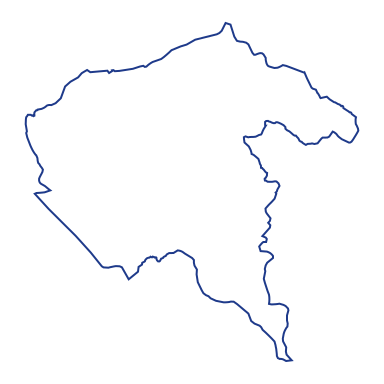 Brebu, Caras-Severin, Romania (Equal Earth projection)
{"feature_id": "2599482B1219277993436", "entity_name": "Brebu", "entity_type": "district", "adm_level": 2, "iso_a3": "ROU", "parent_name": "Romania", "parent_adm1": "Caras-Severin", "projection": "equal_earth", "projection_center": [22.029, 45.391], "detail": "fine", "context": "isolated", "style": "outline", "palette": "blue", "viewbox_px": 384, "rotation_deg": 0, "n_neighbors": 0, "source": "geoboundaries", "source_scale": "gbopen_adm2", "svg_char_len": 5681}
<svg xmlns="http://www.w3.org/2000/svg" viewBox="0 0 384 384"><path d="M291.7,360.3L286.6,354.7L285.9,351.6L286.2,347.3L283.1,341.4L282.8,338.7L283.7,333.8L284.3,331.9L284.9,330.5L285.6,329.2L286.4,327.8L287.4,326.6L287.7,323.5L287.0,320.5L287.0,315.4L288.4,310.4L288.0,308.5L285.6,306.0L283.5,304.9L279.4,303.7L277.6,304.0L275.8,304.2L274.0,304.3L272.2,304.4L271.3,304.4L269.0,303.9L269.3,301.6L269.4,299.3L269.3,297.0L269.0,294.7L267.5,290.8L266.2,286.8L264.9,282.8L263.8,278.8L265.3,271.2L264.8,269.0L265.7,265.4L267.2,262.7L273.0,258.0L273.0,256.0L272.5,255.3L272.0,254.7L271.4,254.1L270.8,253.6L270.2,253.1L269.5,252.7L268.7,252.3L268.0,252.0L266.9,251.6L260.6,251.1L259.2,246.5L260.1,245.3L261.1,244.1L262.1,243.0L263.3,242.0L266.1,242.0L266.8,239.0L265.8,237.6L262.4,236.1L269.9,227.6L270.3,225.2L268.2,222.8L269.9,220.9L270.5,218.3L266.7,213.4L265.8,211.6L265.5,208.5L268.7,204.9L272.0,201.6L274.6,198.7L276.3,193.7L275.6,192.6L276.8,191.5L277.4,189.5L279.5,185.9L278.5,183.4L276.5,181.5L275.1,181.3L272.1,181.8L269.2,181.8L267.5,181.7L266.0,180.6L265.0,180.6L264.7,179.8L264.7,178.6L265.7,177.8L266.9,175.7L267.1,172.9L265.9,172.4L264.8,171.1L263.7,169.6L262.7,168.8L262.2,168.0L261.0,167.8L260.9,165.5L259.9,163.8L259.6,162.5L258.4,158.9L255.6,156.5L253.5,154.8L251.6,154.0L251.4,152.5L250.6,149.9L248.8,146.4L244.5,142.5L244.0,139.1L243.9,137.2L245.5,136.4L248.2,137.3L249.8,137.0L253.6,136.9L255.6,136.7L257.1,136.0L259.0,135.0L261.1,134.5L261.8,133.4L262.6,131.3L263.6,129.2L265.7,125.8L264.8,125.9L265.1,125.8L265.1,124.4L265.1,121.9L266.2,121.0L268.0,120.9L269.2,121.6L270.3,121.8L271.6,122.5L273.3,123.1L275.0,123.1L276.0,122.3L277.0,122.2L278.4,122.6L280.9,123.7L283.6,125.2L285.4,127.1L285.4,128.7L287.0,130.2L289.4,131.4L291.4,133.1L293.4,134.9L294.6,135.6L295.9,135.6L297.0,137.0L298.3,138.3L298.8,139.3L299.4,140.6L300.5,141.5L301.7,141.8L302.5,142.8L304.3,144.0L305.9,144.9L307.6,143.9L311.0,143.7L312.0,143.4L314.4,144.0L317.6,143.3L319.5,140.9L321.4,138.6L322.6,137.6L325.1,137.6L327.5,137.5L329.2,136.6L332.7,131.6L334.4,132.4L336.3,133.9L337.0,134.8L337.8,135.9L338.8,136.9L341.8,139.2L349.0,142.6L350.2,142.5L351.5,141.7L353.1,139.5L355.9,135.0L357.3,132.6L358.3,130.7L358.0,128.6L356.8,125.8L355.8,124.0L355.6,121.9L355.6,119.1L356.0,117.2L351.7,114.0L351.2,112.7L350.5,112.3L349.7,112.2L349.5,112.3L349.3,112.1L348.7,111.5L347.1,110.5L343.4,108.1L343.2,106.6L342.7,106.0L342.3,105.9L341.3,105.7L341.1,106.0L339.7,104.6L337.9,104.0L335.2,102.4L334.1,102.2L333.6,101.9L329.6,99.3L326.8,96.7L323.2,97.5L320.6,98.1L320.1,97.5L319.5,96.0L317.9,93.3L317.4,93.0L315.9,89.7L312.7,88.6L311.5,87.6L309.7,83.9L307.3,79.0L306.7,77.7L304.5,72.5L304.3,72.7L286.3,65.9L282.8,65.1L281.7,65.8L280.4,66.5L279.1,67.1L277.8,67.6L277.7,67.7L274.4,68.0L271.9,67.3L269.3,66.5L268.2,66.0L267.8,65.6L267.4,65.1L266.9,64.2L266.5,63.3L265.9,60.8L265.7,59.4L265.7,57.9L263.5,54.4L262.1,53.3L260.2,53.1L259.0,53.4L257.8,53.8L256.7,54.2L255.6,54.7L254.1,54.8L252.4,52.8L248.4,44.4L246.2,42.7L242.9,41.8L241.4,41.7L240.0,41.6L239.8,41.5L238.3,41.2L236.9,40.8L234.3,36.6L230.5,24.6L225.6,23.0L221.7,30.8L219.4,33.0L216.8,34.3L195.2,39.7L186.6,44.6L180.7,46.4L171.5,50.2L169.1,52.5L166.5,54.8L163.9,57.0L161.2,59.0L152.6,62.0L150.9,63.0L149.3,64.1L147.8,65.3L146.4,66.6L144.8,66.9L143.3,65.8L140.0,66.5L132.9,68.8L119.4,70.9L114.8,71.2L113.7,70.3L113.3,70.1L112.1,70.3L112.4,70.9L109.1,73.0L107.4,70.7L98.1,71.5L90.3,72.2L87.1,70.0L83.8,71.9L81.7,73.2L78.1,77.4L70.5,81.7L65.1,86.5L60.8,98.3L55.6,103.2L51.3,105.1L50.2,105.0L49.1,105.0L48.0,105.2L46.9,105.6L46.2,106.2L45.5,106.8L44.3,107.6L42.9,108.3L41.5,108.9L37.5,109.6L37.3,109.8L37.3,110.2L36.1,110.4L35.9,110.7L34.5,112.3L34.3,113.2L34.4,115.7L33.8,116.0L33.7,115.7L33.2,115.4L33.2,115.1L32.9,115.3L32.7,115.8L31.8,115.6L30.8,114.8L30.1,114.8L27.9,114.8L27.0,116.3L26.2,117.2L25.9,119.1L25.7,124.2L26.7,130.1L26.9,131.4L26.2,133.0L27.3,137.6L30.4,145.6L31.5,148.0L32.7,150.4L34.1,152.7L35.7,154.9L36.2,155.2L37.4,158.0L37.7,160.9L38.2,162.9L39.5,164.3L40.3,165.9L41.8,167.8L42.9,169.6L42.4,172.0L39.8,177.0L39.1,178.7L39.1,179.9L39.1,180.5L39.4,181.7L39.9,182.7L41.0,183.8L43.5,185.2L45.0,186.1L48.5,189.0L50.3,190.4L44.7,192.3L43.0,192.5L39.8,192.8L36.5,193.0L34.8,193.8L48.6,208.9L75.8,236.0L90.8,252.6L101.8,266.3L103.5,267.4L108.4,267.7L110.2,267.2L112.1,266.8L114.0,266.4L115.8,266.1L116.1,266.1L119.7,266.3L121.9,267.3L128.7,279.3L138.0,271.7L138.6,266.9L142.0,264.6L142.2,262.8L142.3,262.7L144.2,261.8L144.9,261.3L145.1,260.4L145.6,259.6L146.8,258.4L147.1,258.2L148.5,257.7L149.5,257.6L149.9,257.3L150.5,256.7L151.4,257.2L152.0,257.3L152.1,257.1L152.7,256.6L153.2,256.8L154.2,257.1L154.5,257.5L154.9,257.6L155.5,257.6L155.9,257.3L156.4,257.7L156.5,259.0L156.7,259.6L157.0,260.3L158.1,261.4L159.4,261.4L160.0,260.9L160.4,260.1L161.1,258.7L161.6,258.6L162.3,258.2L162.9,258.0L163.2,257.8L163.5,257.1L164.4,256.5L164.8,256.3L165.6,256.1L166.8,254.4L169.1,253.1L173.5,253.0L177.7,250.4L179.0,250.6L180.3,250.9L181.6,251.4L182.7,252.0L184.9,253.6L192.1,258.0L193.9,260.0L193.9,261.4L193.9,262.8L194.2,264.2L194.5,265.6L194.6,265.8L196.9,269.5L196.6,274.4L197.8,282.2L201.8,290.4L203.4,293.2L206.0,295.2L208.5,296.2L210.6,298.3L216.0,300.8L223.5,302.3L224.0,302.3L225.7,302.3L227.5,302.2L229.2,302.0L230.9,301.6L233.7,301.7L237.1,304.1L248.4,313.6L251.2,321.0L254.5,323.6L259.6,325.7L261.2,327.2L262.6,329.8L265.7,332.6L268.7,335.5L271.7,338.5L274.5,341.5L275.0,343.3L275.5,345.1L275.8,346.9L276.2,348.7L276.4,350.5L276.6,352.3L276.8,354.1L276.9,356.0L277.9,358.1L279.9,359.0L280.4,358.9L281.0,358.9L281.6,359.0L282.2,359.1L282.8,359.3L283.2,359.4L286.1,361.0L291.7,360.3Z" fill="none" stroke="#1e3a8a" stroke-width="2"/></svg>